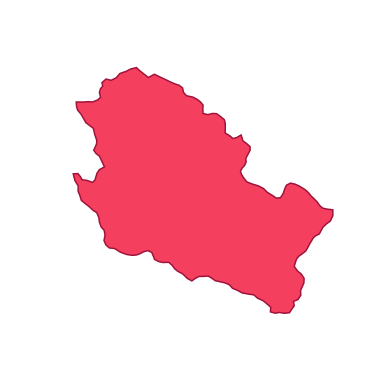 Guaxupé, Minas Gerais, Brazil, rotated 118°
{"feature_id": "56859067B29023872604938", "entity_name": "Guaxupé", "entity_type": "district", "adm_level": 2, "iso_a3": "BRA", "parent_name": "Brazil", "parent_adm1": "Minas Gerais", "projection": "natural_earth1", "projection_center": [-46.685, -21.291], "detail": "fine", "context": "isolated", "style": "filled", "palette": "rose", "viewbox_px": 384, "rotation_deg": 118, "n_neighbors": 0, "source": "geoboundaries", "source_scale": "gbopen_adm2", "svg_char_len": 2427}
<svg xmlns="http://www.w3.org/2000/svg" viewBox="0 0 384 384"><g transform="rotate(118 192 192)"><path d="M105.7,280.5L111.4,284.3L109.3,295.7L108.2,299.4L112.1,303.8L116.6,307.0L121.2,311.3L126.7,312.5L131.4,315.9L132.6,320.9L137.8,322.9L140.4,320.5L143.8,321.3L147.6,320.5L151.3,317.2L155.0,318.5L159.2,322.1L161.1,326.3L163.7,330.4L166.9,336.5L171.1,333.8L173.4,331.4L175.6,326.1L180.6,318.3L182.1,309.0L186.5,305.2L191.2,300.3L194.5,298.8L201.2,298.4L203.1,294.7L203.8,290.6L207.0,286.3L210.9,281.1L215.8,284.3L220.1,284.7L226.8,283.3L230.2,284.3L231.0,290.0L232.8,294.8L230.8,297.8L229.3,301.4L231.7,305.4L237.0,300.6L240.0,295.4L244.7,293.0L247.9,289.2L251.4,285.7L252.4,280.5L253.4,275.1L254.6,270.9L255.0,266.4L258.3,262.3L262.3,259.4L265.5,255.8L267.1,251.5L271.0,248.5L276.2,246.9L279.2,243.1L280.2,238.8L278.2,233.6L278.8,227.4L277.9,220.5L276.0,215.1L273.7,211.5L271.2,209.2L267.6,206.7L264.6,203.7L264.2,199.3L266.5,196.4L269.1,193.4L269.1,189.0L268.0,184.8L265.0,179.5L266.1,174.9L268.0,171.1L268.7,167.2L268.7,161.7L270.5,155.6L270.6,150.4L266.9,148.6L263.3,146.2L261.0,142.0L258.6,138.3L258.8,134.5L259.4,129.9L258.2,125.5L256.7,120.0L256.4,115.4L258.0,111.0L257.5,106.1L257.6,100.5L255.6,94.1L253.8,89.1L255.0,84.1L254.6,78.2L255.6,73.2L256.8,68.4L261.0,66.5L260.0,61.7L257.3,58.2L255.8,53.7L252.9,49.3L248.6,48.9L244.6,48.3L240.9,51.0L237.2,47.9L232.0,47.5L228.0,49.9L223.8,50.2L219.8,50.5L215.6,52.5L213.1,57.1L212.3,61.5L209.7,66.8L205.3,67.7L202.0,68.2L198.7,67.6L194.7,65.6L190.9,63.9L186.6,63.7L182.1,63.7L178.7,63.5L175.6,63.4L172.6,62.3L169.3,59.9L165.7,59.9L161.9,59.9L157.5,58.5L152.6,56.2L146.8,56.5L141.6,59.3L143.6,64.4L144.9,69.0L143.9,73.2L142.1,76.6L140.6,81.4L139.4,85.5L137.8,89.1L136.8,93.5L136.4,100.3L136.7,104.7L137.9,109.2L141.6,111.8L145.6,111.6L150.3,110.8L155.5,111.2L157.8,114.6L157.3,119.3L156.9,125.5L155.4,130.3L155.4,136.1L156.7,142.8L157.3,148.4L155.2,153.2L153.3,156.4L150.9,159.0L147.0,158.9L143.6,158.0L140.1,158.3L137.2,160.2L133.1,160.3L127.9,160.3L124.7,162.0L123.7,166.1L122.9,171.1L118.6,175.4L123.1,178.2L125.6,181.0L124.7,184.7L124.3,190.4L119.8,192.7L115.6,195.0L113.0,197.4L112.0,202.1L111.3,207.1L113.1,210.9L116.2,214.3L117.5,219.1L113.6,221.4L110.1,223.0L108.5,226.8L107.8,230.6L107.8,235.8L109.6,242.1L108.0,246.3L104.6,249.1L103.8,253.4L104.6,258.1L105.0,262.8L105.1,267.0L105.4,272.8L105.7,280.5Z" fill="#f43f5e" stroke="#9f1239" stroke-width="1.5"/></g></svg>